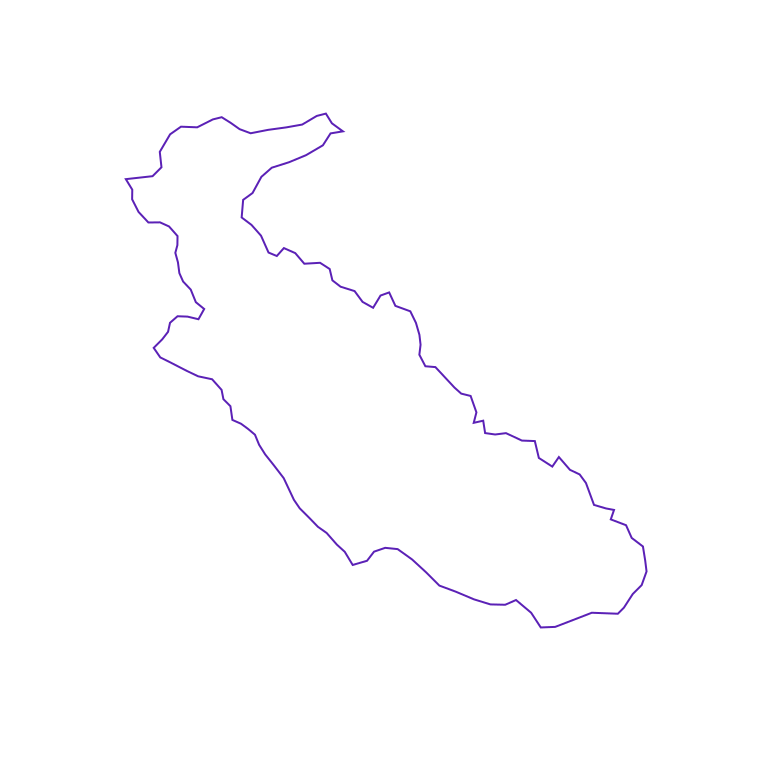 the district of Araçu, Goiás, Brazil, rotated 135°
{"feature_id": "56859067B94048461684996", "entity_name": "Araçu", "entity_type": "district", "adm_level": 2, "iso_a3": "BRA", "parent_name": "Brazil", "parent_adm1": "Goiás", "projection": "natural_earth1", "projection_center": [-49.706, -16.366], "detail": "fine", "context": "isolated", "style": "outline", "palette": "violet", "viewbox_px": 768, "rotation_deg": 135, "n_neighbors": 0, "source": "geoboundaries", "source_scale": "gbopen_adm2", "svg_char_len": 1897}
<svg xmlns="http://www.w3.org/2000/svg" viewBox="0 0 768 768"><g transform="rotate(135 384 384)"><path d="M534.1,278.2L521.0,271.0L509.6,272.5L499.0,267.3L491.1,257.6L488.2,240.0L487.4,221.0L487.4,202.3L480.1,186.4L472.7,168.2L464.6,152.9L454.4,142.2L443.4,137.9L441.7,118.2L445.3,101.0L434.7,91.2L398.8,75.3L381.1,56.2L372.5,56.2L356.6,59.6L344.0,59.6L330.9,65.8L324.2,74.4L315.8,86.0L317.7,100.0L312.7,113.0L319.4,127.9L310.4,132.3L315.0,139.0L321.0,150.0L311.2,171.2L309.6,181.7L313.2,191.8L312.0,208.7L323.4,206.6L326.8,222.2L317.7,237.0L326.5,246.5L332.5,263.0L341.1,269.7L347.2,277.8L339.8,287.9L348.0,293.1L338.7,298.6L331.2,314.3L336.2,322.6L336.7,331.7L335.7,359.6L342.2,367.3L338.3,379.7L330.4,385.9L324.2,393.7L318.2,404.6L314.0,416.8L320.7,431.2L315.6,445.1L323.9,449.0L337.8,445.6L341.1,457.2L339.1,470.5L345.9,483.5L347.2,493.8L341.1,503.7L343.5,514.9L355.3,525.4L354.2,539.3L358.7,550.9L369.3,550.3L372.7,558.6L366.1,575.8L365.2,590.2L366.9,602.4L353.4,613.8L341.9,612.0L324.2,617.2L310.4,616.3L294.4,608.0L277.2,600.9L258.4,596.0L244.6,599.0L234.4,591.7L236.5,605.2L233.9,616.3L242.0,621.1L258.4,625.3L271.7,634.6L286.3,645.7L301.0,655.6L305.9,666.3L307.7,676.8L310.1,687.4L317.9,692.1L334.6,697.6L345.6,709.5L358.7,711.8L378.4,706.7L388.1,694.6L400.7,694.6L421.7,711.4L424.6,699.4L431.5,692.7L435.9,679.2L436.4,664.8L428.1,656.7L424.6,647.4L425.4,634.6L431.9,628.3L438.8,624.3L443.7,615.7L450.3,607.1L453.6,598.5L453.9,587.4L459.2,574.9L458.1,564.2L469.4,561.0L475.3,570.6L482.1,577.9L492.0,578.6L499.8,573.6L509.2,572.4L521.3,572.4L523.4,561.0L520.2,551.5L514.0,532.2L510.0,520.9L502.2,508.9L503.0,494.7L508.3,486.8L508.3,476.9L516.6,465.8L513.2,457.0L511.9,448.4L511.1,439.4L515.3,429.3L517.8,418.3L519.4,404.2L521.5,388.3L529.6,365.8L531.5,355.7L531.5,341.3L531.7,329.7L529.9,319.2L530.9,303.8L530.4,293.1L534.1,278.2Z" fill="none" stroke="#5b21b6" stroke-width="2"/></g></svg>